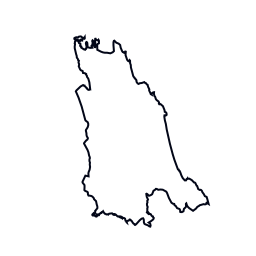 Khanom, Nakhon Si Thammarat, Thailand (Equal Earth projection), rotated 345°
{"feature_id": "78962969B77889758580625", "entity_name": "Khanom", "entity_type": "district", "adm_level": 2, "iso_a3": "THA", "parent_name": "Thailand", "parent_adm1": "Nakhon Si Thammarat", "projection": "equal_earth", "projection_center": [99.815, 9.204], "detail": "fine", "context": "isolated", "style": "outline", "palette": "ink", "viewbox_px": 256, "rotation_deg": 345, "n_neighbors": 0, "source": "geoboundaries", "source_scale": "gbopen_adm2", "svg_char_len": 5815}
<svg xmlns="http://www.w3.org/2000/svg" viewBox="0 0 256 256"><g transform="rotate(345 128 128)"><path d="M101.6,216.9L102.1,217.4L102.2,218.7L102.4,219.0L102.4,218.5L102.8,217.7L103.5,217.5L104.6,217.7L105.8,216.8L106.1,216.8L106.8,217.5L106.9,218.1L107.7,219.1L107.9,220.3L108.6,221.8L109.1,222.2L109.4,223.1L109.8,223.0L110.0,223.4L110.9,223.1L115.5,220.1L117.7,219.1L119.2,219.1L119.4,219.7L119.5,220.8L118.9,223.4L119.1,224.8L119.6,225.4L122.0,227.1L123.2,228.6L124.0,229.0L124.6,228.0L124.7,226.4L124.5,225.9L123.5,224.7L126.2,223.9L128.5,222.9L129.3,222.2L129.6,221.5L129.2,220.9L129.2,219.9L128.6,219.6L128.0,218.6L127.8,217.4L127.4,217.2L127.2,216.8L126.6,216.7L126.3,216.0L126.2,216.5L125.8,216.5L125.7,216.0L125.1,215.7L124.4,214.3L125.0,213.7L125.5,211.8L125.8,211.2L125.8,210.5L126.4,209.8L126.6,208.9L126.4,208.6L126.4,207.3L126.7,206.1L127.6,204.8L127.7,203.4L128.8,202.3L128.3,199.3L128.6,196.4L129.0,196.3L129.6,196.9L130.6,198.8L131.3,198.9L133.1,198.6L134.2,198.2L136.4,195.2L138.4,194.6L139.1,194.0L140.0,194.3L141.2,195.5L143.4,195.8L145.6,196.6L148.5,199.4L148.9,200.9L149.4,206.1L150.6,211.3L151.7,212.7L153.0,213.3L153.0,214.7L153.9,215.6L154.7,218.1L156.8,219.6L157.1,221.0L156.7,222.5L156.8,222.7L158.3,223.2L160.0,222.8L161.1,220.6L163.1,219.5L163.8,218.8L164.2,216.6L164.4,216.1L164.8,215.9L164.9,218.0L165.3,219.4L166.4,221.3L169.4,224.8L172.7,223.5L174.6,222.1L176.5,221.6L177.2,221.2L181.3,221.1L181.9,221.5L183.3,221.8L184.3,221.4L184.3,220.8L184.5,220.6L186.2,222.3L186.2,217.1L186.1,214.9L184.6,213.7L184.1,211.4L183.2,209.2L183.2,208.2L182.7,207.0L182.2,206.5L181.2,206.4L180.0,205.1L179.8,201.9L179.3,201.4L178.8,198.5L178.3,197.9L177.7,197.7L176.1,194.8L174.1,192.8L172.4,192.5L172.4,192.1L171.8,192.6L171.4,192.5L170.5,193.6L169.3,193.3L167.9,190.5L167.3,187.6L167.0,184.0L166.6,183.4L166.8,183.0L166.2,182.2L166.2,181.4L165.8,181.3L165.5,180.8L164.6,170.7L164.4,165.1L164.4,154.3L165.0,139.6L165.6,133.8L165.6,130.2L166.0,126.5L166.5,125.2L167.5,125.4L167.7,125.7L168.6,125.4L168.8,125.0L169.0,123.6L168.7,122.7L167.7,121.9L167.9,120.2L167.4,116.0L165.6,113.3L164.4,113.2L164.1,112.5L164.6,111.5L164.3,110.2L163.0,108.6L162.4,107.3L162.3,104.8L161.8,103.8L161.9,101.6L162.4,100.2L161.6,100.1L160.3,100.5L159.5,101.6L159.5,101.9L158.9,101.3L159.3,100.8L158.7,100.3L158.2,97.6L158.2,96.8L158.6,96.2L158.1,93.5L158.1,91.3L157.4,90.7L156.9,89.3L156.0,88.7L155.6,87.9L153.0,88.1L150.9,87.8L149.7,88.2L148.9,87.5L148.4,86.3L148.2,85.5L148.5,84.1L148.3,83.8L148.3,83.4L147.8,82.6L147.8,82.1L147.3,81.7L147.2,80.8L146.7,80.0L146.5,79.1L146.5,70.2L147.0,67.8L146.8,66.1L147.4,63.4L147.1,62.9L146.3,64.0L147.0,62.9L146.1,63.8L145.3,63.1L144.8,61.8L144.5,56.9L145.6,53.7L145.1,53.4L143.8,54.4L143.4,54.1L143.2,53.5L142.6,53.3L142.2,52.2L141.7,48.4L141.9,45.8L140.8,44.1L138.8,42.6L137.4,40.1L136.9,40.2L136.2,41.3L135.4,44.2L134.3,50.1L132.8,50.9L130.3,51.3L127.3,49.9L125.1,49.3L123.4,48.5L121.7,47.3L118.6,44.5L119.8,39.6L120.3,39.0L121.8,38.7L122.5,36.3L122.3,35.2L121.9,35.5L121.2,35.5L120.0,34.2L119.8,33.6L119.7,32.6L118.9,34.8L118.0,39.4L117.2,41.4L116.7,41.2L116.5,39.8L117.3,36.0L117.2,35.3L116.5,34.1L116.2,34.3L115.9,35.0L116.0,37.7L115.6,38.1L115.2,38.0L114.8,39.2L114.1,39.1L113.9,39.3L114.2,41.2L112.1,40.8L109.9,39.5L110.7,35.4L110.6,34.7L110.2,34.2L109.7,34.4L109.2,35.4L109.0,39.1L108.8,39.6L108.5,40.1L108.0,40.2L107.7,40.9L107.2,40.9L106.9,41.3L105.9,40.8L105.6,40.2L105.2,40.0L103.7,38.3L104.0,37.8L104.0,37.1L103.9,37.0L103.5,37.3L103.0,36.2L103.7,35.0L103.8,34.2L102.7,33.4L102.4,31.3L101.5,30.4L100.8,30.3L100.2,29.7L99.2,30.8L98.9,31.3L98.8,32.1L98.4,32.5L98.5,33.4L97.6,35.5L97.2,37.2L97.0,43.3L97.1,45.0L96.8,46.8L97.4,48.2L97.4,49.6L97.9,50.1L98.0,50.4L97.5,51.0L97.1,52.2L97.3,52.9L97.2,54.2L96.4,55.6L96.9,58.9L97.3,59.9L98.9,61.2L98.8,63.2L100.5,63.9L101.5,64.9L101.2,65.4L101.8,66.7L101.6,67.8L102.4,70.0L102.5,73.8L101.5,80.9L101.0,80.7L100.7,81.0L100.1,81.1L99.2,80.5L98.9,80.0L98.8,79.2L98.4,79.1L97.8,77.5L97.0,76.4L97.0,75.9L96.5,75.9L96.1,75.1L95.7,74.9L93.0,75.6L88.0,78.3L87.1,79.1L88.1,85.9L88.8,95.3L88.8,109.2L89.0,109.9L90.6,112.0L90.7,113.6L90.3,115.1L89.2,116.9L86.9,119.0L86.6,119.7L86.5,122.3L86.1,124.0L86.1,125.6L86.6,127.0L86.5,127.8L85.7,128.7L84.4,129.2L81.9,131.0L81.5,131.6L83.2,138.6L83.5,141.3L83.3,144.6L83.5,146.1L83.4,147.2L82.7,148.2L82.2,149.9L82.3,151.6L81.6,153.4L81.3,155.8L80.1,158.4L78.7,160.2L78.0,161.5L77.4,164.5L74.5,163.0L70.2,168.1L70.0,169.0L71.2,171.9L70.8,173.6L69.8,176.7L70.3,177.6L72.3,179.2L72.5,180.0L72.1,181.9L72.4,183.1L73.2,183.3L75.0,184.2L75.9,185.1L76.8,186.9L76.8,188.0L78.2,190.4L78.0,193.7L78.1,195.6L77.9,196.7L77.6,197.6L74.7,199.7L74.7,200.5L74.4,201.0L74.3,201.6L74.1,201.8L73.6,201.6L73.0,202.9L72.7,202.8L72.5,202.0L72.2,202.4L71.9,201.9L71.2,202.3L71.0,202.7L71.3,203.4L71.9,203.6L72.7,203.4L73.8,205.0L74.5,205.3L74.9,204.2L75.3,204.3L75.5,203.7L75.8,203.8L76.2,204.7L76.5,204.5L76.4,203.8L77.5,204.5L78.0,203.5L78.4,203.4L79.1,203.5L79.7,202.9L80.4,203.2L81.0,202.4L81.9,202.4L82.4,202.0L82.7,203.3L83.5,204.9L84.2,205.2L84.7,205.9L86.3,206.1L86.5,206.5L87.6,205.9L90.5,206.3L91.4,208.0L91.6,208.1L91.7,207.6L92.1,207.4L92.4,207.5L92.6,208.4L92.9,208.5L93.1,208.0L93.3,208.0L93.8,208.5L94.9,210.5L95.5,211.0L96.1,210.9L97.3,211.3L97.1,211.6L96.7,211.4L96.7,211.7L96.9,212.0L97.8,212.0L98.2,213.1L98.4,213.1L98.6,212.1L98.8,212.1L99.1,212.4L99.3,213.9L100.0,213.5L100.3,213.8L101.0,214.0L101.7,214.8L101.6,216.9ZM103.2,27.7L101.7,27.0L100.6,27.0L99.5,27.3L99.2,28.0L99.6,28.7L101.7,29.4L102.1,30.0L102.7,30.2L104.2,31.5L104.7,30.6L105.3,30.4L105.6,30.6L105.9,31.5L106.4,31.7L107.1,30.0L108.3,30.3L108.6,30.0L108.1,29.2L107.0,28.6L106.5,27.6L105.7,27.2L103.9,27.1L103.2,27.7ZM109.3,30.3L109.5,30.1L109.7,29.1L109.0,29.8L109.3,30.3Z" fill="none" stroke="#020617" stroke-width="2"/></g></svg>